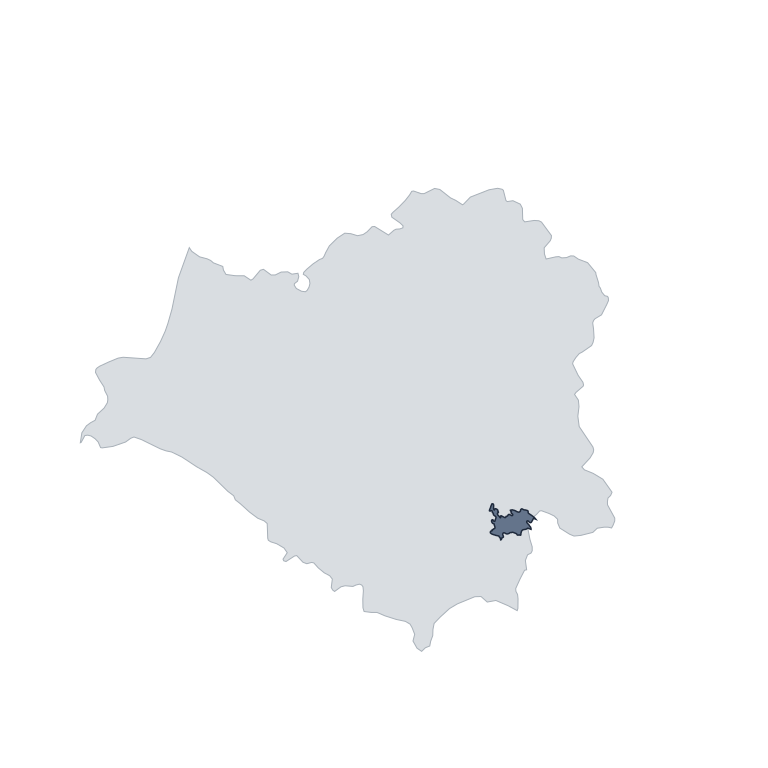 location of Chachersk, Gomel, Belarus, rotated 25°
{"feature_id": "67162791B26710857863794", "entity_name": "Chachersk", "entity_type": "district", "adm_level": 2, "iso_a3": "BLR", "parent_name": "Belarus", "parent_adm1": "Gomel", "projection": "albers", "projection_center": [30.949, 52.928], "detail": "fine", "context": "in_parent", "style": "filled", "palette": "slate", "viewbox_px": 768, "rotation_deg": 25, "n_neighbors": 0, "source": "geoboundaries", "source_scale": "gbopen_adm2", "svg_char_len": 7372}
<svg xmlns="http://www.w3.org/2000/svg" viewBox="0 0 768 768"><g transform="rotate(25 384 384)"><path d="M600.5,533.1L589.8,532.5L576.9,532.9L569.7,538.0L561.8,535.6L556.2,538.4L543.4,552.3L538.3,559.8L533.5,571.3L530.6,579.8L532.1,585.8L534.5,591.4L535.0,597.4L536.2,602.1L533.0,605.5L531.1,610.4L525.6,609.5L518.9,604.7L517.6,597.9L512.5,593.0L509.1,590.6L503.6,590.1L494.6,592.2L482.9,593.7L474.1,594.0L469.3,596.3L462.1,598.6L459.5,595.7L455.7,587.9L452.7,580.1L450.6,576.6L448.7,575.6L446.3,575.8L443.5,578.1L441.4,580.6L434.0,583.3L430.7,586.0L426.9,592.9L424.5,592.4L422.2,590.7L419.6,582.6L415.8,580.7L409.7,580.4L402.1,578.4L396.0,575.8L393.8,576.3L390.0,579.5L385.9,579.8L377.4,576.4L375.6,577.7L370.2,586.3L367.8,586.6L366.5,585.4L367.6,577.8L362.7,574.9L354.2,574.1L348.1,574.9L345.2,574.5L343.8,572.9L337.1,559.8L333.3,558.7L326.3,559.0L316.2,556.9L304.6,553.3L298.2,551.8L295.0,548.8L287.9,547.3L268.8,540.6L261.0,539.1L249.3,538.2L231.7,535.6L220.2,535.4L214.8,536.7L208.6,537.3L187.5,536.9L179.8,537.7L177.4,540.2L174.3,545.8L164.7,555.1L155.6,561.0L154.0,561.4L149.4,557.3L145.3,555.7L140.5,554.9L137.0,555.6L134.7,557.1L134.2,564.9L133.6,565.6L130.8,555.9L132.0,547.6L134.5,543.0L137.5,539.0L137.1,532.4L140.5,524.1L141.2,517.9L140.4,515.1L138.7,511.9L133.6,507.9L131.5,505.0L124.5,500.6L117.6,495.4L116.7,492.5L117.2,490.7L118.8,488.0L125.3,480.3L132.1,472.9L136.3,470.0L157.7,461.8L161.2,458.5L162.6,452.4L163.5,440.0L163.4,428.7L162.6,420.8L160.2,405.8L152.8,374.6L149.9,342.7L153.7,345.0L163.1,346.7L170.8,345.3L174.7,345.3L178.1,346.3L188.2,345.6L190.3,348.6L194.5,351.5L203.5,348.7L211.6,345.0L219.5,346.2L220.9,344.1L223.8,333.2L226.3,331.0L235.7,332.9L239.4,331.1L243.5,326.0L249.4,323.0L254.1,323.4L259.2,320.0L261.4,322.7L262.2,327.4L260.4,330.9L260.9,332.4L264.2,334.5L270.0,334.8L273.8,333.6L274.8,331.6L275.1,327.8L274.4,324.2L272.2,320.9L267.7,319.0L264.5,318.7L264.1,316.7L265.5,312.6L268.9,305.2L272.9,298.5L275.2,296.1L275.7,293.7L275.6,289.5L276.1,281.9L280.0,271.5L284.7,263.9L290.4,261.8L297.3,260.8L301.9,257.4L304.4,253.2L306.7,246.5L308.9,245.2L325.1,247.1L328.0,240.5L329.5,238.6L332.8,236.8L335.1,234.5L334.4,232.6L330.3,231.2L320.6,229.5L318.8,227.1L319.6,224.5L322.6,217.6L325.7,208.7L327.3,201.8L327.7,197.7L329.2,196.6L337.1,195.8L339.9,194.5L347.2,185.4L352.4,184.1L365.6,187.2L371.7,187.3L379.4,188.4L380.1,187.4L383.3,178.1L397.1,163.6L404.3,158.6L408.7,157.6L410.3,158.0L417.0,166.2L418.6,166.6L423.4,163.4L431.5,163.4L435.2,166.3L440.2,176.3L443.0,177.6L451.0,172.3L455.4,170.6L458.3,170.7L473.0,178.7L474.0,181.2L474.1,184.0L471.6,192.9L474.5,198.4L478.1,202.2L485.9,196.2L488.7,194.6L491.8,194.6L496.0,192.3L499.0,189.0L501.9,187.8L507.4,188.7L517.3,188.0L528.8,193.5L529.8,195.1L535.6,201.5L537.6,204.6L539.5,205.6L542.6,208.7L546.7,210.7L549.6,210.1L550.9,211.1L552.2,213.5L552.3,217.7L551.9,229.4L547.7,235.6L547.1,237.8L547.3,240.4L550.6,245.5L554.9,253.4L555.9,258.0L555.9,261.4L550.0,271.5L548.1,273.9L546.7,278.9L546.0,283.9L546.4,286.0L556.3,294.1L563.6,298.4L565.3,300.6L565.4,301.9L561.5,310.6L561.1,312.9L567.0,316.5L570.3,322.1L573.3,331.3L578.9,340.1L600.0,352.8L601.9,355.1L602.6,357.9L602.0,363.9L598.3,375.5L601.9,377.1L611.2,376.6L622.6,377.8L636.4,385.7L636.5,389.3L635.2,392.7L636.2,396.2L637.7,399.1L649.8,408.0L651.0,410.6L651.3,415.0L651.1,418.3L647.8,419.0L644.2,420.6L638.2,424.6L636.0,430.2L626.4,438.0L620.5,441.5L615.7,441.7L604.3,440.3L600.2,436.6L598.5,433.2L594.1,431.7L588.3,431.6L580.3,432.3L578.7,433.3L577.4,437.6L574.0,444.8L571.6,448.9L581.9,463.1L587.1,468.9L588.8,472.5L588.7,475.1L586.3,478.1L586.7,484.2L591.8,492.1L590.1,493.4L589.7,503.2L589.8,513.7L591.2,516.2L594.0,518.3L596.3,522.1L600.2,530.8L600.5,533.1Z" fill="#d9dde1" stroke="#a8b0b8" stroke-width="1"/><path d="M578.7,453.6L578.6,453.3L578.2,452.7L577.8,452.3L577.4,451.8L576.7,451.5L575.9,451.1L575.1,450.5L574.2,450.1L573.6,449.9L572.9,449.6L572.0,449.2L571.5,448.4L571.6,447.6L572.2,447.2L573.3,447.4L574.2,447.9L575.1,447.9L575.7,447.5L576.0,446.9L576.0,446.1L576.2,445.2L576.2,444.3L576.3,443.1L576.4,442.5L577.0,442.1L577.4,442.5L578.7,442.4L577.9,442.0L576.5,441.4L575.0,441.1L573.4,440.7L571.3,440.4L569.5,440.1L568.7,439.2L568.4,438.4L567.8,438.1L567.0,438.1L565.6,438.4L565.4,438.4L564.4,438.8L563.9,438.9L563.3,438.9L562.2,438.8L561.7,438.9L561.3,439.2L561.2,439.6L561.0,440.1L561.1,440.9L561.3,441.2L561.3,441.7L561.1,442.2L560.9,442.7L560.5,443.0L560.1,443.3L559.4,443.4L558.6,443.5L557.0,443.4L555.9,443.4L555.2,443.5L554.4,443.7L553.5,443.8L553.0,444.1L552.8,444.3L552.4,444.6L551.9,444.9L552.0,445.3L552.5,445.6L553.0,445.8L553.4,446.0L553.5,446.7L553.8,447.2L554.7,447.4L555.1,447.5L555.7,447.7L556.0,448.2L556.0,448.8L555.6,449.3L554.6,449.3L553.8,449.3L552.9,449.2L552.2,449.5L551.9,449.9L551.8,450.4L551.8,451.0L551.7,451.4L551.3,451.9L550.9,452.2L550.6,452.4L550.6,452.9L550.7,453.3L550.4,453.8L550.0,454.0L549.5,454.0L548.4,454.0L546.7,453.9L545.8,453.9L545.6,454.1L545.6,454.6L545.7,454.9L546.1,455.4L546.1,455.9L545.9,456.1L545.1,455.8L544.6,455.4L543.9,455.1L542.7,454.7L542.0,454.2L541.7,453.8L541.5,453.4L541.6,452.7L542.0,452.2L541.9,451.9L541.6,451.5L541.2,451.5L540.9,451.1L540.8,450.7L540.4,450.2L539.6,449.9L539.3,449.8L538.1,449.8L537.7,449.9L537.3,450.3L537.3,450.6L537.2,451.5L536.7,451.5L536.1,450.9L535.8,450.4L535.6,449.8L535.2,448.9L534.9,448.2L534.7,447.7L534.3,447.1L533.9,446.7L533.7,446.7L533.3,446.6L532.8,446.8L532.5,447.0L532.4,447.6L532.5,448.1L532.5,448.9L532.5,449.5L532.6,450.2L532.7,450.7L532.8,451.4L532.8,452.1L532.8,453.0L532.9,453.6L533.1,454.3L533.8,454.4L534.1,454.1L534.4,453.7L534.8,453.4L535.2,453.3L535.6,453.4L536.1,453.9L536.6,454.7L537.4,454.9L537.8,455.1L538.0,455.6L538.5,456.2L539.1,456.5L540.1,456.7L540.3,456.7L540.9,456.9L541.5,457.1L542.0,457.8L542.1,458.4L542.2,459.0L542.2,459.7L542.2,460.4L542.4,460.8L542.5,461.3L542.2,461.8L541.5,461.9L540.7,461.7L540.5,461.4L540.0,461.0L539.8,461.1L539.3,461.5L539.2,462.1L539.3,462.6L539.6,463.1L540.1,463.6L540.6,464.0L541.2,464.3L542.0,464.4L542.6,464.3L543.1,464.4L543.3,464.8L543.6,465.3L544.5,466.1L545.3,467.3L545.4,467.9L545.2,468.3L544.8,468.8L544.5,469.1L544.5,469.6L544.1,469.9L543.8,470.3L543.6,470.8L544.0,471.1L543.8,471.6L543.1,472.1L542.9,472.6L542.9,473.3L543.4,474.0L544.5,474.3L545.4,474.4L546.4,474.3L547.3,474.2L548.2,474.0L549.1,474.0L550.3,473.7L550.7,473.6L552.0,473.3L552.5,473.3L552.9,473.8L553.5,474.0L554.1,474.3L554.6,474.7L555.2,475.3L555.6,476.0L555.8,475.9L556.0,475.4L556.1,474.7L556.0,474.0L556.0,473.3L556.5,473.0L556.9,472.3L556.7,471.8L556.2,471.2L555.7,470.8L555.2,470.3L555.0,469.8L555.0,469.2L555.0,468.7L555.3,468.3L556.0,468.0L556.5,468.0L557.1,468.1L558.1,468.1L558.9,467.9L559.5,467.5L560.3,466.8L560.7,466.2L561.0,465.5L561.7,465.0L562.3,464.8L562.4,464.7L562.7,464.3L563.1,464.1L563.6,463.9L564.3,463.9L565.0,463.8L565.6,463.8L566.0,463.8L566.6,463.7L567.6,463.8L568.0,464.1L568.3,464.4L568.8,464.5L569.2,464.4L569.7,464.1L570.1,463.8L570.3,463.6L570.9,463.6L571.4,463.5L571.7,463.2L571.8,462.9L571.5,462.3L571.4,461.9L571.2,461.5L571.1,460.8L571.0,460.1L570.9,459.5L570.9,458.9L571.1,458.2L571.3,457.7L571.7,457.3L572.3,456.8L572.9,456.4L573.6,456.0L574.1,455.5L574.5,455.1L574.7,454.8L574.8,454.4L575.1,454.1L575.4,453.9L575.9,453.8L576.6,453.7L577.2,453.7L577.6,453.7L578.0,453.7L578.7,453.6Z" fill="#64748b" stroke="#1e293b" stroke-width="1.5"/></g></svg>